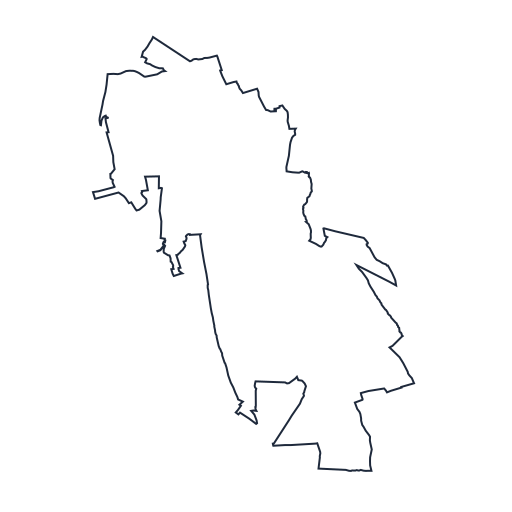 outline of Zapodeni, Vaslui, Romania, rotated 9°
{"feature_id": "2599482B89802278071969", "entity_name": "Zapodeni", "entity_type": "district", "adm_level": 2, "iso_a3": "ROU", "parent_name": "Romania", "parent_adm1": "Vaslui", "projection": "natural_earth1", "projection_center": [27.651, 46.76], "detail": "fine", "context": "isolated", "style": "outline", "palette": "slate", "viewbox_px": 512, "rotation_deg": 9, "n_neighbors": 0, "source": "geoboundaries", "source_scale": "gbopen_adm2", "svg_char_len": 6066}
<svg xmlns="http://www.w3.org/2000/svg" viewBox="0 0 512 512"><g transform="rotate(9 256 256)"><path d="M351.0,456.2L378.2,453.2L381.5,453.6L383.5,453.4L384.4,452.8L387.6,452.4L389.0,451.7L390.5,451.9L391.6,451.7L392.9,450.9L395.8,451.2L397.6,451.1L403.6,450.1L401.5,445.0L400.7,440.8L400.2,436.9L400.6,429.0L398.0,422.4L397.3,420.2L396.9,416.7L395.8,415.3L391.7,411.4L388.9,407.8L387.4,406.3L385.6,402.2L385.2,399.9L383.8,395.8L382.6,393.8L379.9,391.2L376.6,385.3L383.6,381.4L383.7,380.7L381.6,376.7L381.0,375.0L388.1,371.8L403.3,366.8L405.4,368.6L406.7,370.2L410.4,368.0L420.3,363.2L420.0,362.6L432.0,357.0L429.0,352.2L426.1,349.9L424.5,348.2L424.0,346.7L418.2,338.8L413.6,333.5L402.2,325.4L404.9,323.4L412.6,312.9L413.4,312.1L412.3,311.2L411.8,309.8L411.1,309.0L410.4,308.9L409.5,308.1L409.6,307.7L409.3,307.1L408.6,304.5L407.5,303.9L407.0,302.5L406.1,302.0L405.6,300.7L405.3,300.4L404.4,300.0L399.1,295.7L398.8,294.9L397.7,293.8L397.0,293.6L395.2,292.3L395.2,291.8L394.6,290.8L392.8,288.9L392.1,288.7L387.6,284.4L387.2,283.1L386.1,282.3L384.8,280.4L382.6,278.8L381.7,277.2L380.1,275.9L378.0,273.0L373.8,268.3L371.6,265.3L370.4,262.6L368.6,260.5L363.3,255.2L359.6,252.5L356.6,249.2L391.5,260.5L399.0,263.2L397.4,258.3L396.6,256.9L393.0,251.4L387.8,244.8L386.8,245.0L385.7,243.9L382.3,243.3L378.9,241.8L375.8,240.9L373.3,238.7L367.0,230.4L364.9,229.3L363.7,228.0L363.4,227.1L364.4,226.2L364.4,225.5L362.0,223.2L359.6,221.3L330.4,219.2L318.8,218.0L318.3,218.3L320.8,225.3L323.5,226.2L322.6,227.4L322.6,229.5L321.8,231.4L321.2,232.3L320.7,234.3L319.3,236.4L318.6,236.6L317.0,236.3L313.4,234.7L306.2,232.6L307.2,230.9L307.3,229.6L306.5,225.4L306.6,224.0L306.3,222.3L305.7,220.8L303.1,216.4L300.1,214.5L300.8,214.2L300.4,212.9L299.4,211.7L298.5,209.2L297.5,208.8L296.3,206.9L295.8,205.5L295.7,203.8L295.0,202.2L295.4,201.0L294.8,200.2L295.0,199.2L295.6,197.7L296.5,197.1L297.8,194.9L297.9,193.9L297.6,192.1L297.6,190.5L299.3,188.8L299.6,188.1L299.6,187.3L300.0,186.1L300.1,184.8L301.0,183.5L300.8,182.5L300.1,180.7L299.7,176.2L298.8,174.2L298.2,172.0L297.1,170.1L296.3,169.9L295.7,169.3L295.9,169.0L295.4,167.5L295.5,166.5L295.2,165.6L294.2,166.1L293.4,166.1L293.1,165.1L292.1,165.2L291.9,166.0L291.6,166.1L288.7,165.1L288.3,165.2L285.7,166.9L284.7,167.1L279.0,167.6L273.0,167.6L272.2,164.2L272.1,163.1L272.8,151.9L272.2,140.8L272.3,138.1L273.1,133.4L274.2,131.5L275.7,130.2L275.6,129.3L274.7,126.8L274.8,125.2L275.3,124.0L269.1,125.2L268.1,122.2L266.3,118.5L266.0,117.1L265.9,114.1L265.4,111.4L264.7,109.0L263.7,107.8L261.3,106.2L258.5,103.2L255.8,104.3L256.0,105.7L252.7,107.4L251.2,107.7L251.4,109.5L252.9,109.2L253.0,109.9L247.8,111.0L244.7,110.1L243.1,110.2L240.6,107.2L234.1,98.3L233.6,97.1L232.8,93.6L230.9,90.6L217.6,97.1L215.6,94.8L213.7,93.3L212.6,91.4L212.6,91.0L211.1,89.3L211.0,88.8L210.0,88.1L209.4,86.7L206.6,87.7L199.8,91.0L194.7,83.8L192.0,79.2L191.6,78.4L193.1,77.8L186.7,65.2L186.0,64.2L179.0,67.3L176.8,68.0L174.0,68.5L172.2,69.8L168.3,70.9L166.2,70.7L164.2,71.2L163.1,71.8L161.8,73.2L160.3,74.0L120.0,55.8L119.3,58.4L117.5,62.4L116.1,66.1L114.1,69.8L112.5,71.8L111.9,77.1L112.8,76.7L113.4,77.1L116.3,77.8L117.1,78.3L117.2,78.7L116.2,82.0L118.3,82.8L121.4,83.1L123.6,84.1L127.0,85.1L131.1,85.7L134.6,85.2L136.0,87.0L137.2,87.6L134.2,88.5L130.0,92.0L118.8,96.2L117.6,96.3L111.9,93.6L109.7,92.9L107.5,92.4L105.9,92.3L102.0,92.8L98.7,93.7L93.7,97.0L91.1,98.0L86.7,98.4L81.0,99.6L81.6,110.2L81.6,117.6L80.7,126.9L80.7,130.4L80.0,144.1L80.2,146.4L81.0,149.0L81.8,151.0L82.4,151.1L82.2,146.5L83.1,143.1L84.6,141.5L85.6,140.9L85.9,141.5L87.1,142.3L88.0,142.5L88.0,142.8L85.8,143.5L86.8,147.2L91.0,156.8L89.1,157.3L99.2,179.4L100.4,185.6L102.8,192.4L99.9,197.4L99.3,197.7L100.1,201.8L100.6,202.3L102.8,203.4L102.6,204.5L103.0,206.1L105.5,209.8L104.8,210.3L90.3,216.7L85.0,218.4L88.1,224.7L110.3,214.8L116.1,217.6L118.3,219.4L122.2,223.7L124.4,222.5L129.4,228.3L130.9,229.7L133.5,228.5L138.2,223.2L139.4,221.0L139.5,220.0L138.9,217.4L138.6,216.9L134.5,214.0L133.0,212.0L133.0,211.4L133.5,210.8L133.1,209.7L138.9,208.0L135.4,198.0L134.0,195.0L147.7,192.5L149.4,204.3L151.4,203.6L152.5,203.8L152.7,212.8L153.0,215.5L153.7,226.5L157.1,236.5L158.6,248.2L159.0,253.2L163.2,253.2L163.2,254.4L164.0,254.7L163.9,256.5L162.6,256.5L162.1,258.2L162.2,258.7L163.4,258.9L162.8,260.9L160.6,264.8L157.8,266.5L158.1,266.8L160.6,265.3L163.8,259.9L164.1,259.9L164.6,260.2L163.8,263.4L164.1,266.2L164.5,267.1L169.0,269.0L170.5,269.0L172.0,271.7L172.6,274.9L173.5,275.2L175.6,278.1L175.8,279.0L175.6,279.8L176.6,281.6L174.4,282.3L176.4,286.5L177.9,288.6L184.8,285.1L185.9,284.7L182.5,283.0L181.6,281.3L181.3,280.0L183.2,279.4L177.2,267.6L178.5,267.1L178.8,266.4L180.4,264.6L181.1,263.2L182.6,261.4L184.3,257.8L184.5,256.5L184.1,255.7L183.4,255.1L182.3,253.1L184.2,252.3L184.7,249.9L184.4,248.6L183.7,247.7L183.8,247.1L184.9,245.6L185.8,245.0L187.2,244.8L187.4,245.5L197.9,243.2L197.5,244.3L201.0,256.1L205.6,269.9L209.9,281.6L213.1,291.7L212.8,292.2L213.3,295.1L214.2,297.2L215.5,301.9L219.6,314.8L221.2,319.3L223.0,323.4L224.0,326.7L225.8,331.5L225.8,332.2L227.2,335.8L227.5,337.2L228.3,339.2L229.5,340.7L229.9,342.5L233.2,350.7L234.6,353.1L235.3,353.6L236.5,355.8L237.7,357.4L238.2,359.6L241.7,366.4L242.3,366.8L244.3,370.7L247.3,378.4L250.9,385.0L254.1,389.3L257.0,394.3L259.6,398.1L260.8,400.5L265.8,401.9L262.9,405.5L264.5,406.3L262.2,411.0L260.5,413.7L263.4,415.2L264.7,413.2L274.7,417.7L282.4,421.8L283.2,421.0L282.3,418.3L281.4,416.7L279.2,412.9L275.5,409.7L277.6,409.0L280.6,408.9L279.5,407.3L279.0,405.4L279.3,405.3L279.2,403.6L276.8,389.1L277.0,387.0L276.0,386.3L275.4,385.5L275.0,384.4L275.0,382.0L275.2,379.9L304.5,376.3L306.6,377.0L308.5,376.4L313.9,371.0L315.3,368.9L317.2,372.0L320.7,371.9L321.5,372.3L324.0,374.3L325.7,376.8L324.9,382.0L324.9,383.1L324.3,384.5L325.2,386.4L325.1,387.0L323.6,390.2L322.5,395.0L316.3,408.0L314.2,413.1L303.2,437.9L302.8,438.5L302.0,438.7L302.4,439.9L302.8,440.7L314.7,438.1L320.4,437.2L344.1,432.0L345.8,431.4L350.0,439.4L350.4,440.9L350.3,443.7L350.6,445.1L351.0,456.2Z" fill="none" stroke="#1e293b" stroke-width="2"/></g></svg>